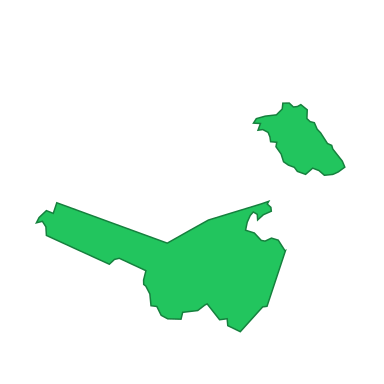 outline of Iberia, Louisiana, United States of America, rotated 205°
{"feature_id": "52423323B66757955193379", "entity_name": "Iberia", "entity_type": "district", "adm_level": 2, "iso_a3": "USA", "parent_name": "United States of America", "parent_adm1": "Louisiana", "projection": "natural_earth1", "projection_center": [-91.77, 29.798], "detail": "fine", "context": "isolated", "style": "filled", "palette": "green", "viewbox_px": 384, "rotation_deg": 205, "n_neighbors": 0, "source": "geoboundaries", "source_scale": "gbopen_adm2", "svg_char_len": 1348}
<svg xmlns="http://www.w3.org/2000/svg" viewBox="0 0 384 384"><g transform="rotate(205 192 192)"><path d="M310.0,125.1L308.7,114.0L316.1,113.6L319.8,104.3L320.0,98.3L315.2,102.2L309.7,98.7L305.6,91.1L273.9,91.3L236.4,91.6L233.8,98.1L229.9,101.2L200.5,101.2L198.7,91.8L196.7,87.8L194.1,87.2L187.1,81.8L181.1,71.6L175.5,73.4L167.8,67.2L160.4,66.8L148.2,72.1L149.6,79.0L136.7,87.0L132.7,94.8L131.0,97.0L120.9,91.9L113.0,87.9L110.6,89.4L106.6,92.0L103.1,86.0L89.2,85.8L85.7,97.2L84.9,99.8L79.4,117.7L75.7,120.1L82.5,178.4L82.8,178.0L93.5,184.8L100.5,183.8L105.0,178.4L108.8,177.4L118.2,181.2L127.3,180.0L129.2,188.0L129.3,195.4L128.0,199.8L123.4,199.3L120.7,194.4L117.7,201.6L112.0,208.1L114.0,211.4L118.7,212.9L118.5,216.0L124.2,210.5L165.3,173.5L177.8,156.2L192.8,135.2L241.2,131.0L310.0,125.1ZM67.9,272.0L64.0,279.1L68.8,283.5L82.5,290.4L85.1,293.3L89.7,293.2L100.5,300.0L105.1,301.8L110.4,306.5L114.7,305.7L118.9,307.1L122.3,315.2L130.3,317.2L132.5,314.1L136.0,311.9L141.5,313.7L147.2,310.9L145.3,305.3L148.1,297.6L157.7,291.7L164.7,285.7L165.4,280.4L158.9,283.0L158.3,275.9L154.2,278.5L148.2,278.2L144.6,274.8L142.0,270.8L136.2,272.9L135.0,268.5L127.3,264.1L121.8,258.1L116.0,257.1L109.7,257.6L105.2,255.2L96.5,256.0L92.7,264.6L86.0,265.1L79.1,263.1L71.9,267.4L70.6,268.8L67.9,272.0Z" fill="#22c55e" stroke="#15803d" stroke-width="1.5"/></g></svg>